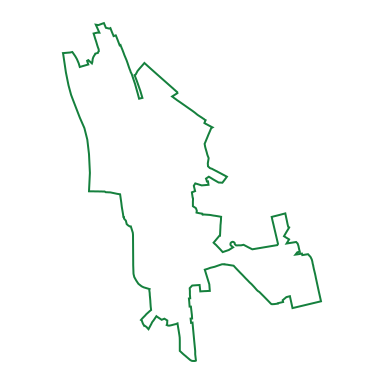 Līvāni, Livanu, Latvia
{"feature_id": "27541924B22543300679500", "entity_name": "Līvāni", "entity_type": "district", "adm_level": 2, "iso_a3": "LVA", "parent_name": "Latvia", "parent_adm1": "Livanu", "projection": "orthographic", "projection_center": [26.183, 56.355], "detail": "fine", "context": "isolated", "style": "outline", "palette": "green", "viewbox_px": 384, "rotation_deg": 0, "n_neighbors": 0, "source": "geoboundaries", "source_scale": "gbopen_adm2", "svg_char_len": 5645}
<svg xmlns="http://www.w3.org/2000/svg" viewBox="0 0 384 384"><path d="M205.6,120.2L204.6,119.7L204.3,119.3L202.9,118.4L202.5,118.1L197.9,115.1L197.1,114.5L194.8,112.6L192.5,110.9L189.5,108.8L188.9,108.4L183.5,104.6L180.5,102.5L176.7,99.9L176.1,99.4L173.7,97.7L173.2,97.2L172.5,96.8L172.1,96.5L178.1,92.7L177.8,92.8L177.0,91.9L176.9,91.9L167.2,83.3L157.8,75.0L150.5,68.5L147.4,65.7L145.2,63.7L144.8,63.4L144.4,63.0L142.0,65.8L139.5,68.6L138.3,70.1L137.6,70.9L136.7,72.6L135.7,74.5L134.6,75.1L135.7,78.0L136.8,80.9L138.6,86.0L140.4,91.1L141.4,94.5L142.4,97.9L141.5,98.1L139.1,98.7L137.7,93.4L135.3,84.9L135.2,84.4L133.6,79.7L133.0,78.0L133.0,77.9L131.7,74.0L131.5,73.6L130.7,72.1L130.3,70.7L129.7,69.3L129.0,67.4L127.4,62.6L126.5,60.1L125.9,58.7L125.2,57.0L124.5,55.4L123.6,52.9L123.4,52.4L122.3,49.5L121.7,48.1L121.2,46.8L120.7,45.6L120.5,45.0L119.7,45.4L117.3,39.1L115.8,35.3L115.7,35.3L114.0,36.0L113.9,36.0L113.6,36.1L113.5,35.8L111.9,32.0L110.4,28.1L109.3,28.6L105.9,27.8L103.9,23.1L101.6,23.9L98.4,25.1L95.8,24.7L99.4,32.7L97.0,32.7L93.6,33.5L94.4,36.0L95.1,38.4L96.2,41.7L97.2,45.1L98.0,47.6L98.4,48.5L98.6,49.2L98.7,49.6L98.7,50.2L98.8,50.9L98.8,51.3L98.7,51.4L98.5,51.6L98.3,51.8L98.0,52.4L97.9,52.9L97.5,53.0L95.2,53.7L95.0,54.5L94.3,55.4L93.3,57.2L92.7,59.0L92.3,62.2L91.9,63.4L88.3,60.1L87.1,60.8L88.3,64.5L81.7,66.4L79.8,67.0L78.7,63.3L76.9,59.1L75.3,56.3L72.9,52.8L72.3,52.0L71.0,52.3L70.1,52.5L63.0,53.1L63.1,53.5L65.9,72.4L68.5,85.3L71.1,94.9L73.1,100.2L79.8,117.6L84.4,128.1L87.3,139.6L89.0,154.2L89.9,172.9L89.0,191.3L96.9,191.4L102.2,191.5L104.6,191.5L105.7,192.2L110.4,192.4L117.0,193.8L120.1,194.3L121.3,202.7L121.8,206.9L123.1,214.6L123.4,217.0L124.0,217.1L124.0,218.4L124.2,218.8L125.8,220.6L126.0,221.2L126.7,224.1L128.0,225.3L129.7,226.4L130.8,226.4L132.8,232.7L133.0,234.9L133.2,262.4L133.2,264.9L133.5,273.7L133.7,274.7L134.3,277.1L136.2,280.5L138.4,283.8L141.6,286.3L143.6,287.3L146.6,288.2L149.6,289.1L149.4,289.6L149.3,290.2L149.4,290.9L149.7,293.1L149.8,295.2L150.1,298.3L150.2,299.5L150.3,300.5L150.4,302.4L150.7,306.7L151.1,310.0L149.6,311.2L148.2,312.5L146.3,314.2L145.1,315.6L143.1,317.6L141.8,319.0L141.2,319.8L141.0,320.0L141.8,320.6L142.3,322.0L142.9,323.6L144.2,325.8L144.5,325.6L146.4,326.9L148.5,329.2L151.5,323.6L151.9,322.7L152.5,321.7L153.5,320.5L156.4,316.2L156.9,316.6L161.7,319.8L164.4,318.7L167.3,320.5L167.1,324.1L166.7,325.0L168.1,325.6L168.9,325.6L169.6,325.6L170.5,325.4L171.5,325.2L172.2,325.0L173.7,324.6L174.9,324.3L175.5,324.2L177.5,323.4L177.9,326.1L178.6,330.2L179.4,335.2L179.7,337.5L179.8,340.7L179.8,350.2L179.8,350.9L182.9,353.8L190.2,360.0L191.1,360.5L192.0,360.9L194.3,361.0L195.2,360.9L195.9,360.6L195.9,360.3L195.2,354.2L195.2,351.1L194.2,340.8L192.9,326.9L192.5,322.6L191.1,322.9L190.6,318.6L192.1,318.5L191.9,315.1L190.9,306.6L189.6,306.6L189.2,301.1L188.9,298.5L190.2,298.3L190.0,295.9L189.9,294.6L189.9,291.1L189.7,288.2L192.1,285.6L192.6,285.5L199.6,285.0L200.3,291.4L203.4,291.2L209.8,290.9L209.3,284.3L204.8,269.7L208.0,268.7L210.4,267.8L214.6,266.8L218.3,265.5L221.9,264.3L224.3,264.2L224.3,264.4L227.4,264.7L229.0,265.0L233.6,265.7L235.7,268.0L237.8,270.2L240.1,272.6L242.4,274.9L244.0,276.6L245.5,278.2L247.6,280.3L249.6,282.4L251.5,284.1L254.2,287.0L256.8,290.0L258.1,291.2L259.3,291.9L263.9,296.5L268.4,301.1L271.0,303.8L271.9,304.2L274.2,304.1L277.9,303.6L277.9,303.2L283.1,302.0L282.7,300.2L286.4,297.1L289.9,296.2L292.5,308.1L320.6,301.4L321.0,301.3L319.1,292.8L319.0,292.4L315.7,277.1L315.7,276.9L315.1,274.1L313.7,268.3L313.5,267.2L313.3,266.5L313.3,266.0L312.7,263.7L312.3,261.4L311.9,259.9L311.5,258.9L310.7,257.3L310.6,257.1L310.5,256.9L308.0,254.2L302.3,255.1L301.9,253.6L297.8,254.3L295.5,254.6L297.3,252.3L297.5,252.2L299.8,251.8L299.6,251.1L299.4,250.2L299.2,249.6L299.1,249.0L298.9,248.1L298.8,247.7L298.6,246.7L298.4,245.8L297.6,243.5L296.1,242.0L291.8,242.7L286.6,243.5L289.1,239.4L286.5,237.8L284.0,236.2L285.8,233.1L286.5,231.9L289.0,227.8L289.2,227.4L288.2,226.8L287.5,223.9L286.9,220.9L286.1,217.2L285.3,213.4L278.5,215.2L271.7,216.9L272.5,220.6L273.4,224.3L275.7,234.1L278.0,243.9L277.3,245.1L264.8,247.2L252.3,249.3L248.3,247.3L243.6,244.8L241.2,245.3L236.1,245.4L234.8,244.2L234.6,242.9L233.6,242.0L232.6,241.8L231.5,242.2L230.7,243.0L230.4,244.1L230.7,245.3L233.1,247.3L232.0,248.0L228.8,250.0L222.7,252.1L220.2,249.3L217.6,246.6L215.8,244.7L214.7,243.8L213.6,242.7L219.7,235.4L220.0,235.5L220.1,233.8L220.2,231.8L220.4,227.9L220.5,225.1L220.7,223.3L220.9,220.9L221.0,219.3L221.0,218.6L221.1,216.8L218.8,216.4L217.7,216.2L216.4,216.0L215.3,215.8L213.7,215.6L212.0,215.3L211.0,215.1L209.5,214.9L204.1,214.5L203.2,214.6L202.8,214.7L202.5,214.6L202.4,214.5L202.3,214.3L202.3,213.7L201.9,213.6L199.9,213.3L199.2,213.2L196.5,212.6L196.5,212.3L196.6,212.0L196.8,210.9L196.8,210.6L196.6,210.2L196.1,208.7L195.9,208.3L195.6,207.9L195.2,207.7L193.8,206.8L192.9,206.2L192.9,205.8L192.9,202.3L192.9,201.6L193.0,199.8L193.0,198.2L192.7,197.9L191.9,192.5L191.9,192.3L195.1,191.1L193.8,185.8L195.3,183.4L201.7,185.4L205.1,185.1L208.5,184.8L208.0,181.4L206.9,181.5L206.5,179.9L206.0,178.6L208.8,176.7L210.5,177.7L213.4,179.5L216.0,181.0L218.6,182.5L222.4,182.7L224.7,179.7L226.9,176.7L219.6,172.8L212.3,169.0L211.8,168.7L211.4,168.6L211.0,168.5L209.8,168.0L208.0,166.3L208.0,166.2L207.8,163.3L208.6,158.5L208.6,158.0L207.6,155.5L207.1,153.9L206.8,152.6L206.3,150.9L205.4,147.8L205.0,146.1L204.9,145.3L204.7,144.3L204.6,143.9L205.4,142.0L205.7,141.3L206.3,139.8L207.1,137.9L208.4,134.7L210.1,130.8L210.7,129.3L211.2,128.2L212.5,127.4L211.9,127.1L206.1,124.0L205.8,123.9L204.4,123.0L205.3,120.8L205.6,120.2Z" fill="none" stroke="#15803d" stroke-width="2"/></svg>